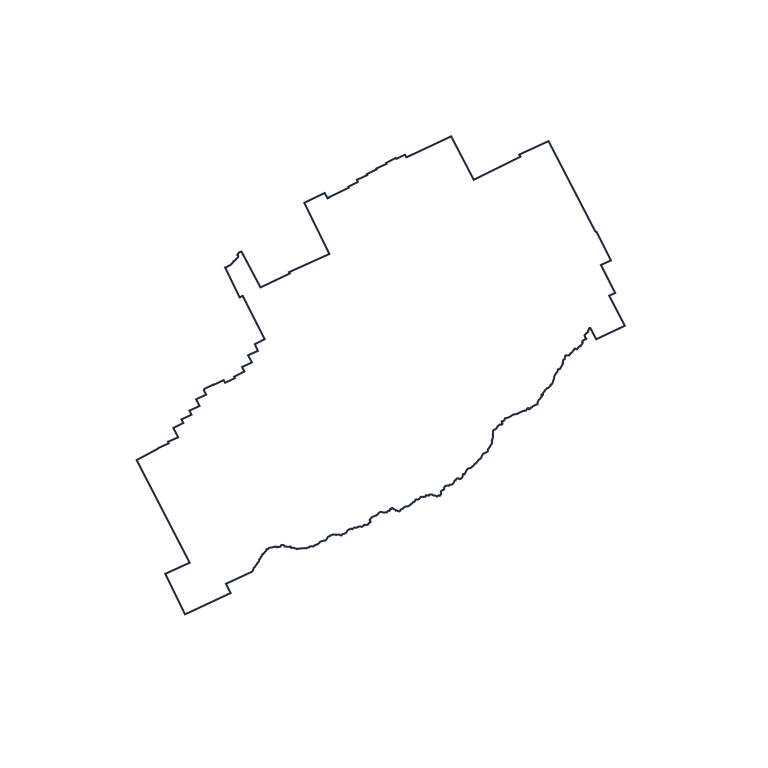 the district of Azul, Buenos Aires, Argentina, rotated 20°
{"feature_id": "61730980B4372559560876", "entity_name": "Azul", "entity_type": "district", "adm_level": 2, "iso_a3": "ARG", "parent_name": "Argentina", "parent_adm1": "Buenos Aires", "projection": "robinson", "projection_center": [-59.546, -36.837], "detail": "fine", "context": "isolated", "style": "outline", "palette": "slate", "viewbox_px": 768, "rotation_deg": 20, "n_neighbors": 0, "source": "geoboundaries", "source_scale": "gbopen_adm2", "svg_char_len": 6164}
<svg xmlns="http://www.w3.org/2000/svg" viewBox="0 0 768 768"><g transform="rotate(20 384 384)"><path d="M531.8,168.4L530.5,168.5L455.5,99.5L432.6,122.2L434.5,123.7L398.5,161.4L362.4,128.3L327.6,163.3L325.3,161.4L318.6,168.2L317.7,167.5L310.4,175.6L311.0,176.3L303.1,184.1L303.7,184.7L296.0,192.7L296.8,193.5L288.7,201.4L290.4,203.0L283.0,210.8L283.7,211.6L268.3,227.5L268.6,227.7L267.5,228.8L262.9,224.8L247.1,241.0L288.2,280.5L256.5,311.4L257.7,312.3L234.9,335.5L204.8,308.3L203.1,309.6L202.5,310.6L202.3,312.3L202.0,312.9L202.3,313.1L202.6,312.8L202.8,312.9L203.3,313.8L203.5,314.4L203.4,315.4L202.0,317.5L202.0,318.3L201.9,318.7L201.3,319.3L201.0,320.0L200.6,320.2L200.4,321.4L199.6,323.6L198.5,325.3L196.9,326.9L196.1,328.2L194.9,328.9L218.7,352.0L221.1,349.5L256.5,382.7L249.0,390.8L254.2,396.0L246.4,403.5L252.5,408.9L244.8,416.6L248.5,419.9L240.7,428.5L241.9,429.5L234.3,437.2L232.0,435.2L224.3,443.0L224.0,442.8L216.9,450.0L216.8,451.5L220.5,454.7L212.7,462.7L218.2,467.7L210.3,475.6L213.6,478.7L205.7,486.6L208.8,489.2L201.1,497.4L208.8,504.5L200.8,512.2L202.0,513.4L193.9,521.3L193.6,522.2L177.6,540.1L262.5,618.4L243.4,637.2L275.8,668.5L311.4,632.9L303.8,625.8L324.4,605.3L324.6,602.8L324.4,601.6L325.2,600.3L325.8,597.8L326.2,596.7L326.2,595.5L327.0,594.2L327.1,592.7L326.7,591.4L327.5,590.3L327.4,588.7L327.9,587.9L327.9,585.8L328.7,585.2L328.6,584.5L329.1,584.0L329.4,582.8L330.3,581.1L330.0,579.6L330.2,579.3L331.2,579.1L332.0,577.2L335.2,575.6L337.3,574.0L337.8,573.8L339.1,574.2L340.0,573.2L340.9,573.2L342.1,572.5L342.4,571.8L342.3,570.9L343.8,569.8L344.3,569.7L345.3,569.9L346.5,570.7L347.2,570.3L349.5,569.8L351.9,568.7L352.2,569.0L352.3,569.7L352.8,569.7L354.1,569.0L354.8,569.1L355.5,568.8L356.4,568.9L357.9,568.8L358.8,569.0L359.3,568.3L360.2,567.7L361.4,567.5L363.3,566.3L365.9,565.3L366.9,565.2L368.1,563.9L369.5,563.1L369.6,562.3L370.1,561.8L373.2,560.8L374.4,558.7L375.2,558.1L375.7,558.1L376.7,556.9L377.3,556.0L377.9,554.3L378.6,553.5L381.0,551.7L382.1,551.4L382.7,550.9L383.4,548.5L383.6,546.7L385.0,545.6L385.2,544.8L385.6,544.8L387.2,543.1L389.5,542.2L390.7,542.2L392.1,541.2L393.2,540.9L395.7,541.0L395.9,540.6L396.0,539.9L396.7,539.1L398.2,538.1L398.4,537.6L399.5,536.5L399.7,534.6L400.2,533.4L401.4,532.3L401.6,531.9L402.7,531.1L404.0,531.2L404.9,529.3L405.4,528.9L407.2,528.6L407.8,528.1L408.1,527.3L410.2,526.0L411.6,525.9L412.3,525.6L413.5,524.0L413.5,523.1L415.4,522.6L417.0,521.7L417.1,520.8L417.3,520.6L417.3,520.1L417.7,519.6L417.9,518.9L418.5,518.5L418.2,517.5L417.5,517.4L417.0,516.6L417.2,515.8L417.9,514.5L418.0,513.7L418.5,512.7L419.8,511.8L421.0,510.6L421.7,510.2L422.0,509.6L422.6,509.1L422.8,507.9L424.0,505.8L424.4,505.4L426.0,505.0L428.0,504.9L429.2,504.1L430.1,504.0L430.6,503.2L430.9,503.1L431.0,502.3L431.8,501.4L432.5,501.3L432.8,500.7L432.9,500.0L432.6,499.3L433.3,499.0L433.4,498.6L433.8,498.6L434.0,497.7L436.8,498.2L438.0,498.5L438.3,498.9L439.0,498.4L440.2,498.7L442.0,498.5L442.5,497.7L442.8,496.2L444.3,494.6L444.7,493.5L445.7,492.3L446.6,491.5L448.4,490.7L449.6,489.3L450.6,487.4L451.2,486.8L451.4,485.4L452.1,484.9L452.4,484.9L452.7,483.9L453.1,483.6L453.2,482.4L453.1,482.1L453.4,481.6L454.1,481.3L454.8,481.4L455.9,480.5L456.6,479.5L456.9,478.0L458.0,477.0L459.9,476.6L460.3,476.2L461.2,476.0L461.4,475.8L461.4,475.1L461.6,474.9L461.5,474.2L462.6,474.1L463.4,473.5L464.3,473.5L464.4,472.5L466.6,471.5L467.1,471.3L468.4,471.9L469.1,471.8L470.0,471.2L472.4,471.6L473.0,470.4L473.7,469.9L474.6,470.0L474.6,469.4L475.0,468.3L475.4,468.2L475.4,467.9L474.4,466.5L474.4,464.8L475.1,463.8L476.3,463.1L476.4,461.7L475.8,460.4L476.3,459.3L476.7,458.7L478.4,457.7L479.8,457.4L480.0,456.3L482.4,455.2L483.3,453.3L483.3,451.0L483.6,450.4L484.2,450.2L484.1,449.5L484.7,448.1L485.9,447.2L487.7,447.5L488.9,446.3L489.6,444.6L489.3,443.9L489.4,443.2L489.1,442.4L489.2,441.5L490.6,441.3L490.5,440.7L490.8,439.6L491.1,436.4L491.8,434.7L492.5,434.5L494.6,432.8L494.8,431.8L495.8,430.7L496.5,428.2L497.3,427.5L497.9,426.0L498.7,423.9L498.8,422.8L500.3,421.1L500.5,420.6L500.5,418.8L500.9,416.0L501.3,415.3L501.8,415.2L502.1,414.5L502.7,414.1L504.5,412.0L504.0,409.5L504.7,408.1L504.6,407.4L505.0,406.9L505.2,404.6L505.8,403.6L505.7,402.6L505.4,402.3L505.5,401.3L505.0,400.9L504.6,399.9L504.8,398.5L504.5,397.2L504.7,396.5L504.1,395.1L503.6,394.8L503.4,393.4L502.7,391.5L502.5,390.4L502.7,389.8L504.2,388.4L504.9,387.3L505.1,385.2L506.1,383.3L506.4,383.1L506.9,382.3L508.4,382.1L509.0,381.1L508.7,380.5L508.0,380.2L507.4,378.7L508.9,378.1L509.6,376.2L509.6,375.7L509.3,375.0L509.6,374.7L511.8,373.4L514.3,370.8L515.3,369.2L516.3,368.1L517.3,367.9L520.0,366.0L520.5,365.1L522.3,363.5L523.2,362.5L523.3,362.1L524.7,361.4L525.0,360.9L525.7,361.0L526.3,360.6L526.6,360.0L527.0,358.1L527.3,357.5L527.9,357.2L528.2,357.3L528.5,358.0L529.3,358.1L530.3,355.7L530.9,355.4L531.3,354.3L531.8,353.7L532.2,353.5L532.5,352.9L534.1,351.3L534.9,350.9L535.2,350.5L535.1,349.9L534.5,348.4L534.9,347.0L534.9,345.9L535.7,344.6L536.0,342.8L536.6,342.1L536.3,340.9L535.6,340.5L535.5,340.1L535.8,339.9L537.0,340.0L537.1,339.7L536.6,338.9L536.5,338.1L537.2,336.0L537.4,335.9L537.3,334.9L538.0,333.6L538.4,333.2L538.5,332.4L539.8,331.4L540.6,329.5L541.1,329.0L540.8,327.9L541.1,327.2L541.5,327.2L541.9,326.3L542.0,324.4L541.8,323.3L541.9,321.7L542.1,320.8L541.7,319.9L541.4,318.5L541.9,315.6L542.8,313.0L542.5,310.7L543.0,310.3L543.9,310.0L544.4,309.3L544.3,308.2L544.8,306.9L544.8,305.8L545.3,304.0L545.3,303.7L544.7,303.2L544.5,302.3L544.6,301.7L544.3,300.6L544.3,299.8L545.2,299.0L544.7,295.3L544.7,295.1L546.7,294.4L547.7,293.8L548.4,293.7L548.6,291.8L548.9,291.5L550.0,289.6L550.4,287.7L550.8,287.0L550.8,285.8L551.0,285.6L551.5,285.7L552.1,285.3L552.8,285.6L553.7,284.9L554.0,283.4L554.7,281.8L555.1,281.3L555.8,281.3L555.8,280.0L556.4,278.8L556.7,277.3L555.9,276.9L555.8,275.4L556.3,275.2L557.1,273.8L557.7,273.5L558.7,272.5L558.7,272.1L557.8,271.8L556.9,271.2L556.4,270.3L555.8,269.9L555.8,269.5L556.3,268.4L556.4,267.4L556.9,267.0L558.1,265.2L557.5,264.2L557.7,263.6L557.7,261.4L558.7,260.8L568.1,269.4L590.4,246.9L565.4,224.0L570.1,219.4L547.1,197.9L555.0,190.3L531.8,168.4Z" fill="none" stroke="#1e293b" stroke-width="2"/></g></svg>